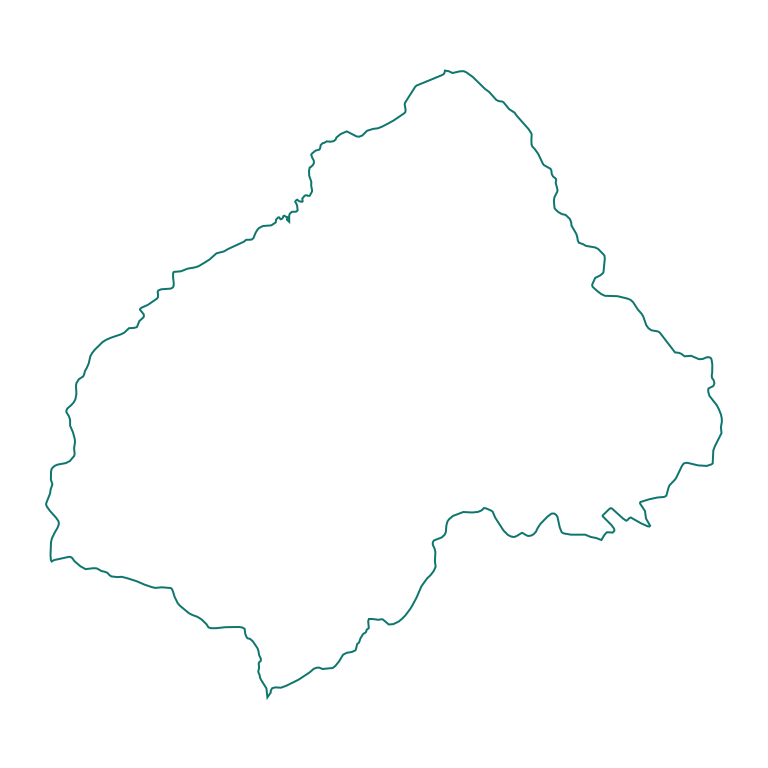 Tan Uyen, Lào Cai, Vietnam (orthographic projection)
{"feature_id": "81297802B83473395979783", "entity_name": "Tan Uyen", "entity_type": "district", "adm_level": 2, "iso_a3": "VNM", "parent_name": "Vietnam", "parent_adm1": "Lào Cai", "projection": "orthographic", "projection_center": [103.735, 22.126], "detail": "fine", "context": "isolated", "style": "outline", "palette": "teal", "viewbox_px": 768, "rotation_deg": 0, "n_neighbors": 0, "source": "geoboundaries", "source_scale": "gbopen_adm2", "svg_char_len": 6050}
<svg xmlns="http://www.w3.org/2000/svg" viewBox="0 0 768 768"><path d="M267.4,697.4L270.7,692.6L270.8,690.6L272.2,688.2L275.2,687.4L281.0,687.7L286.4,685.7L298.7,679.6L309.6,672.4L313.9,668.7L316.9,667.7L319.5,667.7L322.5,669.0L332.6,668.0L335.1,666.2L338.9,661.6L343.0,654.8L346.7,652.8L351.8,652.0L355.3,650.4L355.9,649.4L357.2,644.0L359.0,642.6L360.5,638.3L362.6,634.8L363.5,633.7L365.4,632.7L366.1,631.7L366.7,629.8L368.8,628.1L368.2,621.1L368.9,619.0L372.6,619.0L378.2,619.8L381.7,619.2L383.0,619.6L388.8,624.5L393.4,624.1L398.6,621.6L401.7,619.1L405.2,615.6L410.1,609.1L412.2,605.7L416.5,597.7L421.4,586.3L427.0,578.5L430.5,575.2L433.6,571.2L435.5,567.1L435.6,566.0L434.9,561.4L435.4,552.0L434.7,549.0L432.8,544.7L432.8,542.3L434.0,540.4L441.8,537.4L444.6,534.8L445.8,532.2L446.4,525.4L447.5,521.4L449.0,519.3L452.8,516.0L463.3,512.0L472.1,512.5L478.0,511.9L481.6,510.4L483.9,508.1L485.9,508.3L491.2,510.6L492.7,511.7L495.1,517.5L503.5,530.5L508.0,535.0L511.3,536.6L514.2,537.0L516.7,536.0L521.8,532.9L522.4,532.9L526.4,535.3L528.2,536.0L531.1,535.6L533.4,534.4L535.9,531.8L537.7,528.0L540.4,523.9L547.3,516.8L551.0,514.0L552.0,513.5L553.9,513.5L556.0,514.7L557.4,516.7L559.8,527.6L561.6,532.0L562.3,532.7L563.7,533.4L571.1,534.7L585.2,534.7L590.9,537.0L596.1,538.0L601.4,540.0L604.3,535.1L606.2,532.9L607.3,532.2L612.7,532.6L614.3,530.9L614.3,529.4L613.9,528.4L611.4,525.0L602.7,516.3L602.8,515.3L609.2,509.1L610.6,508.2L611.8,508.4L623.0,518.5L626.2,520.7L627.6,520.0L629.2,518.2L630.8,517.5L640.8,523.2L647.7,526.3L649.5,526.5L650.1,525.7L646.0,518.5L645.0,511.1L640.1,503.6L640.0,502.9L640.5,502.0L649.1,499.3L657.5,497.5L663.7,497.0L665.2,496.5L666.4,495.5L668.7,487.1L669.5,485.3L674.9,479.7L676.2,477.9L682.0,465.8L683.7,463.5L686.0,462.9L687.7,462.9L698.2,465.4L706.8,465.9L711.4,464.4L712.7,463.4L713.3,450.5L714.8,446.4L721.5,433.1L720.9,427.1L721.9,421.7L721.7,418.1L721.0,414.6L718.8,409.1L716.9,405.4L709.4,395.8L708.3,392.0L708.2,389.3L708.6,388.4L713.2,386.1L714.0,384.5L714.4,383.1L713.6,380.1L712.1,378.1L711.7,375.9L712.2,372.4L712.3,364.2L711.5,359.3L710.6,357.9L708.9,357.2L706.7,357.3L702.9,358.9L700.2,359.2L698.5,359.0L691.2,355.8L684.6,356.3L681.1,353.7L678.8,352.8L675.0,352.4L659.8,332.6L657.8,331.4L651.4,330.3L648.4,328.2L646.2,325.0L643.3,316.6L641.7,313.9L637.9,309.6L633.1,302.2L630.6,299.9L627.8,298.7L617.7,296.2L604.9,295.8L601.3,294.1L597.1,290.9L592.9,287.1L592.2,285.7L592.3,284.3L595.2,277.9L600.2,275.4L603.0,273.1L603.5,271.9L604.8,258.5L604.4,255.4L598.1,248.9L595.0,247.4L586.0,245.9L583.1,244.2L578.8,242.7L577.8,240.4L577.2,236.8L576.3,233.9L571.5,225.6L571.2,222.5L569.9,219.0L565.6,214.9L561.9,214.1L558.4,212.1L555.5,209.5L554.5,207.9L553.9,200.8L554.4,197.3L557.3,191.6L557.5,189.9L555.7,182.8L556.1,180.4L555.9,178.8L553.0,176.4L551.7,173.9L551.4,170.6L550.5,168.8L543.9,165.1L542.8,163.6L538.3,154.0L534.8,149.1L532.3,146.5L531.5,144.2L531.4,139.2L531.7,134.7L531.1,132.9L528.4,128.9L516.7,115.7L514.6,112.7L509.1,109.1L503.6,102.4L502.1,101.5L499.0,101.2L496.4,100.0L489.2,92.0L485.2,89.1L472.7,76.9L466.6,72.5L463.8,71.2L460.1,71.3L452.5,73.0L448.4,71.1L444.9,70.6L444.7,72.2L443.8,74.0L442.0,75.1L416.7,85.5L415.2,86.8L404.9,103.0L404.7,104.3L405.6,110.0L405.4,111.9L404.6,113.0L393.4,120.6L387.8,123.7L382.0,126.7L377.8,128.3L373.1,128.9L367.0,130.8L362.3,135.5L359.1,136.7L356.5,136.4L346.8,131.4L340.7,134.0L336.4,137.5L335.6,139.6L333.7,141.1L330.9,141.7L326.7,141.4L324.3,142.8L322.5,143.3L320.7,145.1L320.1,148.2L319.4,149.6L315.6,150.6L311.9,153.6L311.2,154.8L312.4,158.1L313.7,160.3L313.9,162.1L313.8,163.4L312.8,165.1L310.8,167.0L309.7,167.5L309.0,171.0L309.2,175.7L311.3,181.8L311.2,185.7L312.1,190.4L311.9,191.7L309.9,195.5L309.3,195.9L308.3,195.9L306.8,195.3L305.3,195.4L304.5,195.9L302.3,198.6L302.6,201.4L302.2,201.8L299.2,201.3L297.2,199.7L295.9,200.5L295.2,201.8L296.4,203.7L297.2,206.1L297.6,210.4L296.1,211.7L291.9,211.8L289.8,213.7L289.2,215.6L289.2,221.8L286.9,219.7L286.8,219.1L287.5,218.1L287.3,217.1L285.7,216.7L284.5,215.7L283.4,216.1L282.7,218.0L281.4,219.2L280.5,219.2L279.2,217.4L278.2,217.4L276.2,219.4L275.7,222.4L271.9,225.0L271.1,225.4L263.0,226.0L259.2,227.9L257.4,229.8L255.7,232.6L253.4,238.2L251.6,239.6L246.0,239.9L244.1,241.6L228.1,249.0L223.8,251.5L216.5,253.3L209.3,259.7L198.8,266.1L195.4,267.3L187.5,268.7L180.9,271.3L173.9,271.9L173.3,272.6L173.1,274.0L173.1,277.3L173.8,284.0L173.4,286.6L172.5,287.7L170.8,288.6L161.1,289.3L158.2,290.6L157.6,292.1L158.1,294.5L157.9,297.3L157.0,298.6L147.8,304.9L142.0,307.5L140.3,308.6L140.0,309.7L143.7,314.3L143.9,316.4L143.3,317.5L139.3,321.1L137.0,326.9L135.8,327.5L133.1,328.0L129.0,328.2L124.2,332.7L121.0,334.3L111.3,337.6L106.1,339.8L102.5,342.1L94.9,349.6L92.1,353.1L90.3,356.3L88.8,363.2L86.9,367.7L85.1,370.7L84.1,374.5L83.2,376.4L78.9,379.2L76.4,383.2L76.0,385.9L76.4,393.9L75.3,399.5L73.6,402.5L71.2,405.2L67.3,408.5L66.4,410.6L66.4,412.2L68.9,416.2L70.1,419.8L70.1,425.7L73.0,432.4L74.8,439.2L75.0,442.2L74.1,448.1L74.6,454.0L74.2,455.9L69.8,461.1L65.8,463.1L57.6,464.6L55.0,465.7L52.7,467.5L51.5,469.3L51.0,471.9L50.9,479.8L52.2,483.5L52.3,484.8L50.6,489.5L50.1,493.4L46.3,503.0L46.1,504.5L46.8,506.5L50.1,511.1L55.9,517.5L58.4,521.1L58.8,522.6L58.7,524.8L57.6,527.6L54.5,533.0L51.9,538.4L51.0,542.3L50.5,555.4L50.9,560.0L51.7,561.5L54.0,560.1L68.7,556.9L70.3,556.9L72.0,557.8L74.4,561.1L80.3,566.2L85.5,569.1L93.5,568.2L96.8,568.4L101.6,571.1L103.8,571.5L107.3,572.7L109.7,575.3L111.3,576.4L117.2,577.1L121.8,576.8L127.8,578.4L136.6,581.2L144.2,584.5L152.1,587.2L155.2,587.9L161.8,587.3L170.6,588.0L171.5,588.5L172.8,590.9L174.6,596.9L177.8,603.3L179.9,605.7L188.9,613.2L192.4,615.0L197.4,616.8L201.4,619.3L206.4,624.1L208.5,627.4L211.0,628.2L216.1,628.2L225.3,627.2L239.0,627.0L242.0,627.4L244.6,628.8L245.3,634.0L246.8,637.5L247.8,638.4L250.1,638.9L252.8,641.3L257.6,648.4L258.4,650.8L259.1,655.0L261.0,659.2L260.6,661.2L259.2,662.2L258.7,663.2L259.1,667.9L258.3,671.1L258.5,672.6L259.7,675.3L259.9,677.2L261.0,679.8L266.4,688.3L267.4,697.4Z" fill="none" stroke="#0f766e" stroke-width="2"/></svg>